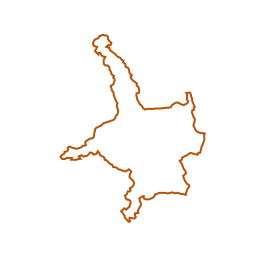 the district of Marilândia do Sul, Paraná, Brazil, rotated 319°
{"feature_id": "56859067B82853827773074", "entity_name": "Marilândia do Sul", "entity_type": "district", "adm_level": 2, "iso_a3": "BRA", "parent_name": "Brazil", "parent_adm1": "Paraná", "projection": "natural_earth1", "projection_center": [-51.292, -23.743], "detail": "fine", "context": "isolated", "style": "outline", "palette": "amber", "viewbox_px": 256, "rotation_deg": 319, "n_neighbors": 0, "source": "geoboundaries", "source_scale": "gbopen_adm2", "svg_char_len": 3999}
<svg xmlns="http://www.w3.org/2000/svg" viewBox="0 0 256 256"><g transform="rotate(319 128 128)"><path d="M153.8,61.1L151.7,63.9L152.1,66.1L153.6,67.3L153.9,69.6L152.4,71.6L152.2,73.2L151.8,75.0L150.8,76.7L151.5,79.6L149.9,80.2L150.1,81.9L148.9,83.5L147.2,84.6L145.5,85.4L142.6,84.9L141.7,86.8L140.5,89.2L140.4,91.7L139.2,93.2L138.1,95.6L137.4,97.6L136.5,100.7L136.1,102.7L134.2,103.7L132.8,106.5L131.9,108.5L129.6,110.5L128.2,110.9L126.4,111.0L124.6,112.2L122.3,112.4L118.9,111.0L112.5,108.3L109.4,108.6L107.6,108.1L106.3,107.6L104.2,107.1L102.7,107.1L101.6,108.2L100.1,109.1L98.3,110.6L96.1,112.5L94.1,112.4L92.9,111.3L91.3,110.9L89.7,110.8L87.8,110.3L85.9,111.1L85.0,113.3L83.7,112.9L82.4,111.8L80.9,112.0L78.6,111.3L75.7,110.1L73.9,107.8L72.7,105.8L71.9,103.7L69.5,103.3L68.6,105.2L66.7,105.7L64.5,104.3L63.3,105.5L62.0,105.4L60.6,105.0L58.2,105.4L58.0,108.1L60.0,110.0L62.4,110.5L63.9,112.0L66.0,113.7L64.3,114.6L65.8,116.0L68.1,118.1L69.6,118.5L71.9,120.1L72.2,117.1L73.9,117.7L75.3,118.3L75.4,120.1L78.6,122.0L80.9,122.1L83.3,121.6L84.6,123.2L84.5,125.6L86.1,126.2L87.5,126.9L88.7,126.2L90.0,125.7L90.0,128.2L89.1,130.4L90.5,133.4L90.6,135.1L89.5,136.8L90.6,138.2L90.7,139.8L90.7,141.6L91.1,143.6L91.9,145.6L91.2,147.7L93.2,150.1L93.8,153.2L95.3,155.2L96.2,157.4L97.9,159.3L99.7,159.6L101.4,159.7L101.8,161.4L101.8,163.1L100.3,163.8L98.8,164.4L97.5,165.3L96.7,166.7L97.1,169.4L97.2,171.8L96.2,173.9L94.7,174.7L92.5,175.3L89.8,174.7L89.2,176.5L87.8,177.1L86.3,175.7L84.5,176.8L83.1,177.3L81.5,176.9L80.2,179.5L80.3,181.5L81.7,183.0L81.8,185.1L80.2,186.8L78.7,187.4L77.2,188.5L74.8,188.2L73.2,188.5L72.4,186.1L70.8,186.3L68.2,186.3L68.1,189.8L67.8,192.2L66.8,193.4L66.9,195.7L66.9,199.2L68.2,199.8L69.1,198.0L70.3,196.8L71.9,198.9L73.7,200.6L75.5,200.3L75.9,198.7L77.2,196.9L78.7,198.0L80.0,198.9L81.0,197.0L82.8,196.2L84.3,195.7L86.4,195.0L88.1,193.9L89.0,190.8L90.5,188.5L92.2,188.8L93.6,188.9L95.2,189.7L93.8,191.5L94.3,193.1L95.9,194.8L97.5,195.8L99.4,196.4L101.5,197.0L103.5,196.7L105.1,195.9L106.6,196.8L108.9,197.3L110.6,198.8L112.3,200.3L113.8,201.7L115.2,203.7L116.7,204.3L118.1,205.1L119.6,206.0L120.1,207.6L121.7,208.8L123.1,209.4L124.3,212.0L126.1,213.8L127.8,216.4L129.2,215.0L130.6,214.4L132.0,213.4L133.9,212.8L135.8,212.5L136.6,211.2L135.9,208.6L136.5,204.5L137.1,203.0L138.2,200.3L140.4,200.3L141.9,200.3L143.2,197.9L143.1,196.0L145.2,189.8L145.5,186.8L147.6,187.2L149.6,185.9L155.4,187.4L158.7,187.6L162.8,193.7L164.5,192.9L166.1,194.0L167.5,193.0L169.1,192.2L170.4,190.9L172.0,190.2L173.9,189.3L177.1,187.5L178.9,185.9L180.8,183.2L182.3,182.6L181.4,181.1L180.1,180.2L178.7,178.1L177.6,175.8L177.7,173.2L178.6,170.7L178.9,169.1L180.0,168.3L181.3,167.6L183.4,166.1L184.5,164.8L184.6,162.9L185.9,159.9L186.4,158.2L188.1,156.9L189.8,157.5L190.8,155.8L192.3,155.8L193.0,153.4L194.1,149.9L195.7,147.8L196.3,145.8L197.3,144.1L198.0,141.9L196.8,141.1L195.0,139.7L194.4,141.8L192.9,143.1L191.2,145.2L190.8,147.6L188.5,148.2L186.6,147.6L185.1,147.4L183.5,144.7L182.9,142.5L181.8,141.0L180.1,140.1L178.0,139.8L176.1,139.6L174.0,140.4L171.7,139.2L170.2,137.8L169.0,137.1L167.1,135.8L164.5,134.0L162.2,131.9L160.4,130.6L158.6,129.5L156.3,127.1L154.1,125.7L152.8,125.1L152.4,122.8L153.0,120.1L152.5,117.7L153.3,114.7L153.7,112.3L154.9,111.0L155.3,109.3L157.1,107.5L159.5,108.6L161.1,107.1L162.8,104.0L162.4,101.5L163.9,100.2L163.6,98.0L162.8,95.4L162.8,93.1L163.6,91.0L165.4,90.8L165.1,88.5L165.7,86.6L166.9,85.1L167.5,82.4L166.3,80.2L167.9,78.0L167.3,75.0L168.7,74.3L168.0,72.2L168.2,69.8L166.9,67.5L166.9,64.8L166.7,63.2L166.3,61.2L165.7,58.8L165.7,56.5L166.7,54.9L165.5,54.0L164.8,52.5L166.8,52.5L168.3,52.8L169.5,53.9L171.4,52.8L171.0,50.1L171.0,48.3L172.0,46.6L172.9,45.5L172.4,43.9L171.2,43.0L170.3,41.2L168.4,40.8L167.3,39.8L165.4,40.5L164.0,40.7L162.6,39.9L160.4,39.6L158.2,40.4L156.7,41.6L156.1,43.8L157.9,46.5L155.8,47.5L153.5,48.3L153.9,53.0L155.0,51.9L156.3,53.0L155.6,55.8L156.2,57.7L157.5,59.5L155.5,60.1L153.8,61.1Z" fill="none" stroke="#b45309" stroke-width="2"/></g></svg>